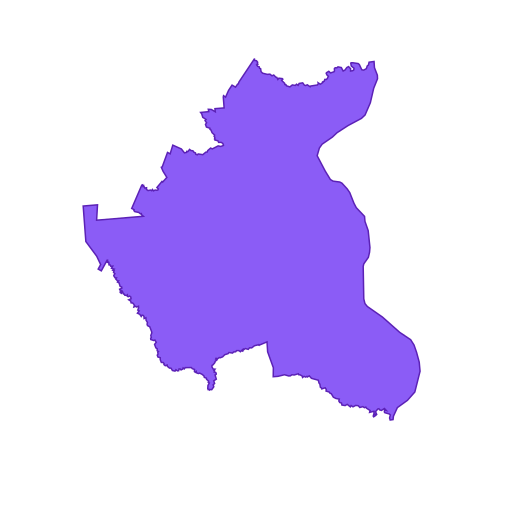 the district of Colón, Entre Ríos, Argentina, rotated 346°
{"feature_id": "61730980B75281068807854", "entity_name": "Colón", "entity_type": "district", "adm_level": 2, "iso_a3": "ARG", "parent_name": "Argentina", "parent_adm1": "Entre Ríos", "projection": "albers", "projection_center": [-58.335, -32.025], "detail": "fine", "context": "isolated", "style": "filled", "palette": "violet", "viewbox_px": 512, "rotation_deg": 346, "n_neighbors": 0, "source": "geoboundaries", "source_scale": "gbopen_adm2", "svg_char_len": 6095}
<svg xmlns="http://www.w3.org/2000/svg" viewBox="0 0 512 512"><g transform="rotate(346 256 256)"><path d="M302.4,64.1L281.5,83.1L280.5,84.7L279.7,84.8L277.0,87.2L274.1,84.4L269.5,88.6L264.9,94.5L263.3,92.6L262.7,93.8L260.9,104.6L251.8,103.1L251.4,106.2L248.1,103.0L245.2,102.1L245.1,104.5L237.0,103.3L237.7,104.9L237.9,108.6L240.6,111.4L239.3,112.3L240.3,114.8L238.8,116.1L239.1,118.9L242.2,120.9L242.0,122.0L242.8,122.9L243.2,125.7L245.1,128.7L244.3,129.8L244.8,130.8L244.1,132.4L244.5,132.6L244.2,133.5L246.9,135.0L247.2,136.7L249.8,137.4L251.0,138.7L251.3,140.6L250.9,140.9L248.3,141.2L245.9,140.0L239.5,141.5L238.1,140.3L234.7,142.0L233.8,143.3L232.4,143.1L228.9,144.8L224.6,143.0L223.6,143.6L222.2,142.8L222.2,141.3L220.9,140.3L220.2,138.6L218.5,138.0L217.3,136.5L215.4,138.1L214.1,137.7L213.8,138.7L211.5,138.6L209.5,134.1L202.1,128.3L197.4,136.1L195.2,134.1L186.6,146.8L185.6,147.0L186.3,151.3L188.5,158.2L183.3,161.7L182.8,160.9L176.4,165.6L177.5,167.2L176.9,168.1L175.8,168.3L174.1,167.6L172.3,168.0L171.6,166.4L170.6,167.4L169.6,166.5L167.1,166.4L165.8,164.9L166.3,163.3L164.6,163.2L164.1,161.2L163.6,161.3L163.9,160.5L163.1,160.5L163.2,159.5L162.3,159.6L146.9,179.8L148.9,181.5L148.5,182.4L149.1,183.6L152.8,185.4L154.0,187.0L155.0,187.1L154.8,188.0L156.3,190.2L110.0,182.7L114.6,168.0L100.4,165.7L94.4,200.8L101.4,217.7L103.2,226.7L99.7,230.5L102.3,233.0L110.6,224.0L111.0,224.2L110.3,225.3L111.1,226.0L110.5,226.3L111.6,227.0L111.2,229.0L112.3,229.4L112.6,230.9L114.5,231.2L112.8,233.0L115.2,234.4L113.6,235.2L114.8,236.0L113.8,237.3L114.8,239.1L113.3,240.4L113.3,241.1L114.0,243.1L115.3,243.5L114.4,244.5L115.6,246.6L116.5,246.9L115.3,247.8L116.6,248.9L116.8,252.6L118.2,253.6L118.0,254.8L115.6,255.2L115.6,255.9L117.4,257.4L117.3,258.0L115.6,257.9L115.4,258.5L116.4,259.7L117.9,258.5L118.2,260.8L119.0,261.2L119.2,262.3L121.0,263.0L121.8,262.6L121.5,264.1L122.2,264.6L123.7,264.3L124.6,265.5L124.4,267.3L121.9,267.7L123.5,269.4L123.5,271.3L124.9,271.7L125.9,273.5L126.0,274.5L125.2,275.9L127.1,275.7L127.8,276.6L129.8,276.3L129.5,278.0L128.2,279.9L129.3,281.0L127.1,282.8L129.1,284.4L130.0,286.9L131.1,285.8L132.2,286.4L132.7,287.5L132.3,289.6L134.2,289.3L133.8,291.8L134.6,294.2L133.8,295.9L133.9,297.3L135.8,299.0L136.4,304.1L136.3,305.4L134.7,307.7L134.7,309.8L133.9,310.3L133.7,311.6L136.4,313.3L137.6,313.1L138.3,315.6L136.2,317.2L136.6,320.9L137.7,322.1L137.2,324.0L138.2,325.1L137.4,325.6L137.2,327.5L136.2,328.3L136.4,330.3L138.5,331.5L138.0,333.4L138.4,336.4L140.2,336.9L140.8,338.3L140.4,339.1L141.4,340.5L143.4,340.3L143.3,341.6L144.9,343.8L146.4,344.3L147.2,346.9L149.6,348.1L150.8,347.0L151.9,348.4L153.2,348.6L154.0,347.0L155.1,347.3L155.7,348.4L157.5,348.0L158.2,347.0L159.1,348.2L160.3,347.2L166.3,348.6L166.9,349.9L168.9,351.2L168.3,353.3L168.9,354.0L170.1,353.6L169.8,354.8L171.6,356.1L173.0,356.0L175.1,357.8L176.5,359.8L176.5,361.3L178.3,362.5L178.2,363.7L179.8,366.0L179.1,367.0L180.0,367.9L178.1,369.9L177.1,373.0L177.3,374.1L178.1,374.0L178.4,374.8L179.1,374.5L180.7,375.0L183.4,372.7L183.3,370.6L185.0,369.7L184.8,366.9L187.7,365.9L187.5,361.5L188.7,361.2L189.0,360.2L188.7,359.2L187.3,358.5L188.0,357.4L187.5,356.8L188.8,355.9L187.1,355.3L186.4,352.9L186.9,351.5L188.0,351.2L190.3,349.5L190.8,348.4L192.9,347.4L191.9,346.3L192.5,345.6L193.9,346.4L195.8,345.6L196.5,346.1L199.2,345.8L201.8,344.2L205.3,344.0L206.4,343.1L209.8,344.5L211.0,343.7L213.1,344.0L214.3,343.1L216.6,343.7L217.7,345.1L219.1,344.3L220.1,345.1L220.5,344.6L220.2,343.7L221.2,343.2L221.6,343.9L223.2,343.2L225.9,344.7L227.5,343.5L229.6,344.1L232.8,342.7L236.5,342.7L237.3,343.3L237.6,342.8L238.1,343.2L245.9,342.0L244.1,351.8L245.8,368.6L243.5,377.3L248.3,378.1L254.9,378.1L258.7,380.3L260.4,380.6L262.1,379.9L264.3,380.7L268.6,380.5L268.8,381.6L270.1,382.0L271.8,383.7L271.8,385.1L273.5,384.4L274.9,385.5L276.3,385.1L276.6,385.8L278.7,385.2L280.2,388.1L286.4,391.6L286.4,394.5L287.0,395.8L286.7,398.9L287.7,400.1L287.7,400.9L291.2,400.6L291.9,402.5L291.3,404.0L294.1,405.7L294.7,407.2L295.7,407.7L296.9,411.7L299.1,413.6L302.2,415.0L301.3,416.7L301.8,418.4L303.4,419.4L303.3,421.4L306.3,422.7L308.6,422.0L311.0,425.2L312.1,424.1L313.6,425.8L316.6,425.1L319.0,426.0L320.1,428.1L323.2,428.0L324.5,429.4L326.0,429.2L326.4,430.4L329.3,433.5L328.4,435.2L332.8,435.2L332.5,437.1L331.0,439.7L331.3,440.5L333.5,439.7L333.3,438.5L334.2,439.2L334.8,438.9L334.3,436.0L337.2,433.9L338.3,433.9L338.7,435.2L340.4,436.2L343.7,435.0L345.0,437.3L343.5,436.5L342.8,438.4L343.1,439.2L347.2,441.6L347.9,442.7L346.4,445.5L346.5,447.6L349.4,447.9L350.6,444.7L356.5,437.3L368.0,432.7L377.2,426.4L387.3,407.5L388.7,398.5L388.5,388.4L387.8,380.6L385.8,374.6L377.0,364.9L363.9,345.8L351.8,331.9L350.2,328.5L350.2,323.7L357.5,292.0L358.7,289.7L364.7,284.5L367.1,279.8L368.6,275.4L371.0,258.5L370.1,248.8L370.9,243.8L365.0,233.4L363.8,228.5L362.3,217.2L360.7,212.9L357.0,206.1L355.2,204.5L348.9,202.0L346.7,199.8L343.7,190.3L339.6,173.5L343.6,166.6L347.2,163.5L358.9,159.1L364.4,156.0L376.9,151.7L391.6,148.0L395.9,145.6L404.0,135.0L410.8,121.7L416.8,113.4L417.5,109.9L416.5,101.9L417.6,95.8L412.6,95.3L411.3,97.9L409.9,98.5L408.4,100.9L405.4,101.7L403.7,100.9L402.6,95.3L401.7,94.0L396.9,92.0L395.0,91.5L394.6,91.9L394.4,94.7L396.5,97.5L395.9,99.1L394.7,99.6L392.5,99.4L393.1,97.1L391.6,94.6L389.7,95.1L387.3,97.1L385.3,97.6L384.4,93.8L381.3,92.3L379.9,93.0L378.4,92.5L377.4,93.1L376.9,95.5L376.3,96.1L372.6,96.4L371.3,94.4L368.7,95.2L368.3,95.8L368.7,97.7L369.7,99.1L368.2,101.0L367.0,101.7L365.5,101.3L364.6,102.8L363.0,103.2L362.6,102.7L362.8,103.8L360.0,104.9L358.2,103.0L358.2,103.8L357.0,104.9L350.2,104.3L349.5,104.9L347.2,102.3L345.4,102.6L344.3,102.0L343.2,99.3L339.6,99.0L338.1,100.6L336.9,99.1L335.4,100.0L332.6,98.8L329.8,100.1L326.7,98.2L326.5,97.0L325.5,96.6L325.6,95.4L323.4,91.9L324.8,90.9L324.4,90.2L321.2,89.0L319.9,90.0L319.4,87.7L318.5,87.3L317.0,84.7L315.1,85.0L313.5,82.9L310.9,82.5L306.6,80.2L305.5,78.3L305.8,75.4L304.9,74.8L304.9,73.2L303.5,72.4L302.9,70.7L304.2,70.4L303.9,69.1L304.5,68.4L303.7,66.6L301.7,65.8L302.4,64.1Z" fill="#8b5cf6" stroke="#5b21b6" stroke-width="1.5"/></g></svg>